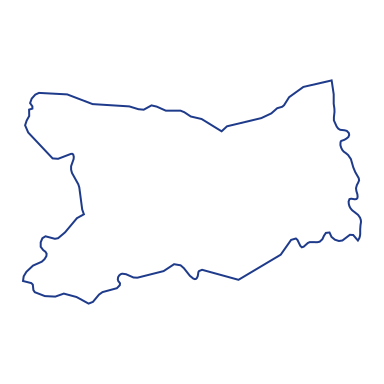 an SVG outline of Calvados
{"feature_id": "FRA-5275", "entity_name": "Calvados", "entity_type": "Metropolitan department", "adm_level": 1, "iso_a3": "FRA", "parent_name": "France", "parent_adm1": "", "projection": "mercator", "projection_center": [-0.269, 49.094], "detail": "fine", "context": "isolated", "style": "outline", "palette": "blue", "viewbox_px": 384, "rotation_deg": 0, "n_neighbors": 0, "source": "natural_earth", "source_scale": "10m", "svg_char_len": 2292}
<svg xmlns="http://www.w3.org/2000/svg" viewBox="0 0 384 384"><path d="M29.1,109.6L32.4,108.6L32.4,106.4L30.1,103.1L31.7,98.6L35.3,94.6L39.0,92.9L67.2,94.4L92.6,104.1L129.3,106.4L138.4,109.2L143.7,109.7L151.5,105.4L156.7,106.6L165.9,110.7L180.6,110.7L184.3,112.2L190.8,116.5L201.6,119.0L221.6,131.3L227.0,126.3L261.3,118.1L271.3,113.4L277.2,108.2L282.1,106.8L284.0,105.3L289.1,97.2L303.4,86.9L330.0,80.8L331.6,80.4L331.8,81.5L333.7,94.3L333.7,103.8L334.4,108.7L334.5,111.9L333.9,117.2L333.9,120.4L336.7,126.6L338.3,128.7L340.2,129.8L344.6,130.3L346.8,130.9L348.8,133.0L349.2,135.0L348.3,137.1L346.4,138.6L344.4,139.8L341.3,140.9L340.8,141.4L340.5,142.5L340.4,145.1L341.1,147.5L342.2,149.8L343.7,151.6L345.7,153.0L348.1,155.0L350.9,159.1L353.3,167.4L355.2,172.0L358.7,178.1L359.1,180.3L358.2,182.6L356.9,185.0L356.0,188.2L356.4,191.1L357.4,194.4L357.6,196.6L357.4,198.0L356.5,199.0L354.9,199.3L351.2,198.7L349.5,199.1L348.6,201.5L348.8,204.0L349.5,206.4L350.6,208.4L352.2,210.3L358.0,214.8L360.0,217.6L360.8,219.9L361.0,221.8L360.9,222.6L360.5,225.1L360.2,229.4L360.2,234.1L359.9,236.2L359.3,238.2L357.9,240.5L353.2,235.0L349.9,234.8L342.4,240.5L338.9,241.0L334.9,239.7L331.5,236.9L329.5,232.5L325.9,232.9L324.0,235.7L322.4,239.2L319.7,241.7L317.4,242.2L309.8,242.1L307.8,243.0L303.7,246.7L301.8,247.3L300.3,245.8L297.5,240.0L295.9,238.5L291.1,239.9L280.7,254.7L238.5,279.8L202.1,269.8L199.1,271.0L198.4,272.1L198.0,274.8L197.7,276.3L196.8,278.1L195.8,279.0L194.7,279.1L193.2,278.5L189.9,275.8L183.9,268.2L180.6,265.3L174.1,264.2L163.6,271.1L137.4,277.7L133.5,277.5L126.0,274.2L122.2,273.7L120.7,274.2L119.2,275.4L118.1,277.2L117.8,279.5L118.4,281.3L119.3,282.3L120.0,283.3L119.8,285.2L116.9,288.2L102.5,292.1L99.0,294.6L92.9,301.9L88.6,303.6L76.5,297.0L63.8,293.6L55.3,296.6L44.9,296.1L34.8,292.2L33.4,290.1L32.8,284.6L31.3,283.1L23.0,281.0L23.7,276.3L26.4,271.8L33.0,265.6L41.8,261.7L44.5,259.2L46.4,256.1L46.6,253.7L45.4,251.7L43.2,250.1L40.7,246.8L40.7,242.3L42.4,238.2L45.5,236.3L54.9,238.8L58.1,238.2L65.0,232.4L77.0,218.1L83.9,214.3L82.2,209.5L79.3,187.5L78.3,184.3L72.0,173.0L71.1,169.7L71.1,166.2L73.6,159.1L73.8,156.8L73.2,154.5L72.2,153.8L70.9,153.9L58.1,158.8L52.6,158.4L28.2,132.5L25.1,125.3L26.7,120.5L29.2,116.0L29.1,109.6Z" fill="none" stroke="#1e3a8a" stroke-width="2"/></svg>